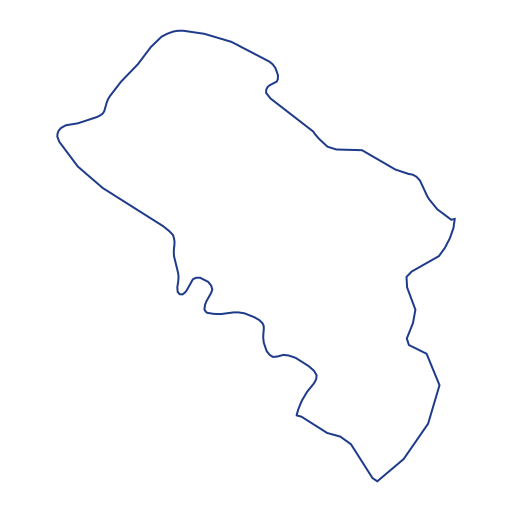 outline of Massa-Carrara
{"feature_id": "ITA-5382", "entity_name": "Massa-Carrara", "entity_type": "Province", "adm_level": 1, "iso_a3": "ITA", "parent_name": "Italy", "parent_adm1": "", "projection": "natural_earth1", "projection_center": [9.975, 44.229], "detail": "fine", "context": "isolated", "style": "outline", "palette": "blue", "viewbox_px": 512, "rotation_deg": 0, "n_neighbors": 0, "source": "natural_earth", "source_scale": "10m", "svg_char_len": 1761}
<svg xmlns="http://www.w3.org/2000/svg" viewBox="0 0 512 512"><path d="M377.3,481.3L372.5,478.1L351.0,444.3L340.3,436.6L327.2,433.0L301.5,416.7L296.7,415.4L296.9,414.1L298.1,409.9L300.0,405.0L302.1,400.2L307.1,391.8L313.3,384.2L315.0,381.6L316.3,378.7L316.6,375.3L314.0,370.8L308.5,366.0L295.5,357.8L288.6,355.5L283.3,354.9L277.6,356.5L272.8,356.9L269.6,354.8L266.6,351.0L263.8,342.8L263.2,337.5L263.4,333.0L263.8,329.5L263.7,326.0L262.5,323.2L259.3,320.1L254.3,317.2L244.4,313.3L238.5,312.4L233.5,312.4L220.7,314.1L213.9,313.9L207.1,312.8L205.6,311.5L204.4,309.3L205.1,304.6L206.4,301.3L211.3,292.6L212.3,289.4L211.1,285.5L208.1,281.8L200.0,277.7L195.9,277.8L192.8,279.4L186.7,290.4L184.8,292.7L182.5,294.4L179.7,294.2L177.7,292.0L177.3,287.5L178.4,279.9L178.5,276.3L178.1,272.9L174.0,256.2L173.8,252.6L173.9,248.9L174.4,245.1L174.5,241.3L173.9,238.0L173.0,235.0L169.0,230.9L163.0,226.1L102.7,188.0L77.8,166.5L59.3,141.8L57.3,136.6L57.5,133.8L58.6,130.8L60.5,128.4L63.2,126.7L66.1,125.2L77.5,123.4L97.0,117.0L99.9,115.6L102.5,113.8L104.2,111.3L107.0,101.6L108.4,98.6L110.0,96.0L121.1,81.6L137.9,64.2L150.8,47.1L161.5,36.7L167.1,33.8L173.4,31.5L177.8,30.8L183.0,30.7L204.3,33.8L231.5,41.9L269.5,61.7L272.7,64.3L275.4,68.0L278.0,75.3L277.8,79.3L276.7,81.6L269.9,85.1L267.5,87.1L266.2,89.9L266.1,92.9L270.5,98.5L313.3,131.6L314.9,134.0L318.8,138.6L327.5,146.7L336.5,149.5L362.0,150.2L371.8,155.9L395.3,169.5L408.7,174.0L412.6,174.6L416.4,176.7L419.9,180.4L427.2,196.1L429.2,199.4L437.4,209.4L451.2,219.7L454.7,219.0L453.5,227.8L449.9,238.2L444.7,248.2L438.9,256.1L411.7,271.5L406.5,276.9L407.1,287.4L415.4,309.7L413.0,323.0L406.8,338.5L408.9,345.0L426.6,353.8L439.5,385.2L428.1,423.7L403.7,459.0L377.3,481.3Z" fill="none" stroke="#1e3a8a" stroke-width="2"/></svg>